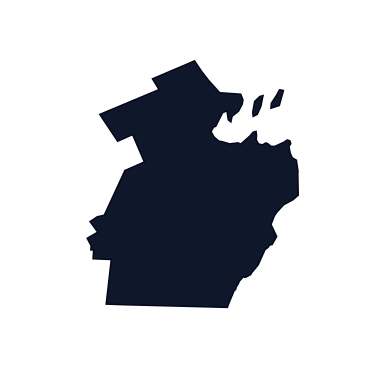 the district of Jefferson, New York, United States of America, rotated 152°
{"feature_id": "52423323B83261755629665", "entity_name": "Jefferson", "entity_type": "district", "adm_level": 2, "iso_a3": "USA", "parent_name": "United States of America", "parent_adm1": "New York", "projection": "natural_earth1", "projection_center": [-76.104, 44.036], "detail": "fine", "context": "isolated", "style": "filled", "palette": "ink", "viewbox_px": 384, "rotation_deg": 152, "n_neighbors": 0, "source": "geoboundaries", "source_scale": "gbopen_adm2", "svg_char_len": 1441}
<svg xmlns="http://www.w3.org/2000/svg" viewBox="0 0 384 384"><g transform="rotate(152 192 192)"><path d="M320.4,133.3L304.1,123.9L214.9,73.5L212.0,76.2L201.4,84.9L199.1,85.6L197.3,87.6L194.7,88.9L192.1,91.0L186.9,93.0L186.2,92.7L185.7,91.9L184.8,91.7L183.8,91.5L179.1,91.5L177.2,92.7L167.8,96.6L154.5,106.9L150.8,107.4L149.2,108.4L147.1,108.5L146.0,107.9L138.1,113.0L137.5,126.2L130.6,132.2L126.7,134.3L116.8,137.8L115.7,137.7L106.4,137.8L99.7,139.3L89.6,159.2L88.7,160.5L84.9,171.1L87.4,175.2L87.1,180.0L85.0,186.7L82.1,188.3L81.6,191.4L83.6,193.3L87.1,192.8L97.5,193.4L100.9,195.3L102.4,199.1L103.8,200.7L107.5,200.5L110.6,203.1L110.9,207.6L108.1,212.3L107.0,215.5L110.0,216.1L114.5,214.3L126.4,211.4L128.3,213.8L136.1,216.8L141.8,222.3L144.5,224.5L146.7,230.3L146.8,234.5L146.9,236.4L142.3,239.3L140.3,238.8L127.7,247.7L123.1,247.2L126.1,238.7L124.8,235.6L121.1,240.0L113.0,241.5L106.4,246.0L103.7,249.5L103.1,255.5L119.4,265.7L120.9,266.6L125.0,282.9L126.9,294.2L128.2,306.6L173.8,310.5L173.0,297.9L237.0,303.8L233.8,271.7L217.5,270.6L220.0,240.9L241.1,242.5L280.4,212.7L287.2,214.6L295.9,213.8L294.1,200.8L306.3,200.4L306.3,191.8L308.5,188.4L306.1,186.9L310.7,179.5L295.0,170.3L298.2,165.6L320.4,133.3ZM84.0,243.8L87.3,244.5L94.1,242.6L100.9,234.0L102.5,230.0L97.9,229.9L90.9,235.4L84.0,243.8ZM63.6,238.7L66.7,241.2L72.1,237.6L80.3,233.1L83.0,228.9L74.3,227.4L63.6,238.7Z" fill="#0f172a" stroke="#020617" stroke-width="1.5"/></g></svg>